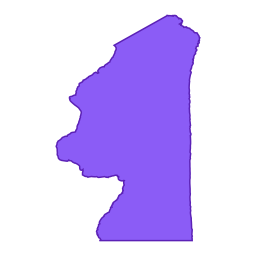 outline of Choll, Palau
{"feature_id": "81905179B4066449576994", "entity_name": "Choll", "entity_type": "district", "adm_level": 2, "iso_a3": "PLW", "parent_name": "Palau", "parent_adm1": "", "projection": "albers", "projection_center": [134.635, 7.673], "detail": "fine", "context": "isolated", "style": "filled", "palette": "violet", "viewbox_px": 256, "rotation_deg": 0, "n_neighbors": 0, "source": "geoboundaries", "source_scale": "gbopen_adm2", "svg_char_len": 5754}
<svg xmlns="http://www.w3.org/2000/svg" viewBox="0 0 256 256"><path d="M192.2,240.6L192.1,238.2L191.9,236.9L192.3,236.2L191.8,234.5L191.9,233.8L192.0,232.5L192.1,231.1L192.2,229.6L191.6,228.2L191.5,224.6L191.4,222.2L191.2,219.6L191.2,218.0L191.0,217.1L190.7,215.3L190.4,212.8L190.7,210.4L190.4,208.9L190.7,206.7L190.1,205.3L190.2,204.2L190.3,202.6L190.0,200.0L190.0,198.9L189.9,197.2L190.0,196.0L190.2,195.0L190.3,193.7L190.1,192.4L190.1,191.4L190.1,188.9L189.8,183.3L189.8,180.9L189.8,179.7L190.0,178.8L190.1,177.0L190.0,175.9L190.1,174.4L190.1,173.0L190.0,171.1L190.0,168.1L189.9,166.9L189.9,165.2L189.9,163.4L189.8,161.7L189.9,159.6L190.4,158.8L190.2,157.6L190.4,155.6L190.7,153.7L190.0,152.1L190.1,151.5L190.2,150.0L190.4,148.5L190.4,145.4L190.6,143.9L190.6,141.3L190.5,138.9L190.4,136.9L190.3,135.5L190.9,134.9L190.9,133.6L190.4,132.7L190.1,131.1L190.1,130.0L189.8,128.6L190.2,127.1L189.9,126.3L190.5,125.6L190.4,124.7L189.8,119.9L190.1,119.4L189.8,117.5L190.0,115.5L189.7,113.5L189.5,112.2L189.5,110.8L189.3,108.2L189.6,106.9L189.5,105.5L189.3,104.0L189.9,102.5L189.9,101.4L189.8,100.5L189.1,98.6L189.5,97.8L189.8,97.0L189.4,96.4L189.6,94.8L189.1,93.9L189.3,92.9L189.2,92.3L189.4,91.4L189.4,90.1L189.1,87.9L189.2,85.5L189.4,82.8L189.6,81.5L189.4,80.1L189.8,77.7L190.4,74.7L190.9,73.5L191.2,72.2L190.3,71.0L190.5,70.0L191.0,69.4L191.0,68.6L191.5,68.1L191.7,66.3L192.2,65.3L193.1,63.7L193.2,62.8L192.7,62.4L193.1,61.4L193.0,60.8L193.3,60.4L193.3,59.6L192.8,59.3L193.8,58.0L193.6,56.9L194.2,55.5L194.7,54.4L195.5,53.9L195.6,53.2L195.4,52.5L195.9,51.1L196.4,50.9L196.8,50.2L196.7,49.3L195.7,48.7L196.1,47.7L196.4,46.5L197.0,46.4L197.9,46.4L198.0,45.7L198.1,44.9L197.6,43.9L197.8,43.4L198.4,43.6L198.8,43.4L199.2,42.6L199.2,41.9L199.0,41.5L198.4,41.2L198.6,40.8L199.4,40.5L199.3,39.1L199.5,38.6L199.8,37.7L199.3,37.4L199.2,36.8L198.8,35.6L197.8,34.3L197.2,33.0L196.1,32.8L194.7,32.7L194.0,32.1L193.5,31.2L192.5,30.5L191.2,29.7L190.2,29.0L189.7,28.3L189.1,28.2L187.9,27.9L187.0,27.8L186.9,27.3L186.4,26.9L185.9,26.9L185.6,27.2L184.3,27.1L183.9,27.4L183.7,27.2L183.5,26.5L183.1,26.5L182.4,26.0L181.5,25.5L180.8,25.3L180.7,24.9L180.3,24.4L179.5,24.0L180.1,23.6L180.8,23.5L180.8,23.8L181.1,24.0L181.5,24.1L181.7,23.7L181.6,23.4L181.2,23.1L181.2,22.8L181.6,22.4L182.1,22.2L182.4,21.8L182.4,21.4L182.5,21.0L182.4,20.6L181.7,20.3L181.7,19.9L181.4,19.6L181.2,19.2L180.9,18.8L180.0,18.7L179.8,18.3L179.4,18.3L178.9,18.6L178.8,18.1L178.2,17.8L177.7,17.4L177.3,16.9L176.8,16.5L176.3,15.8L175.6,15.8L175.1,15.4L174.3,15.5L173.7,15.5L173.4,16.1L172.6,16.0L173.0,15.7L172.2,15.5L171.8,15.8L170.8,15.8L170.0,15.6L168.4,15.8L168.1,15.5L167.8,15.4L167.3,15.6L167.0,15.5L166.9,15.8L114.1,45.3L114.7,45.8L116.0,47.4L116.2,49.1L115.8,50.1L115.0,51.7L114.8,53.2L114.5,53.7L113.8,55.2L113.2,56.4L112.9,57.3L112.3,57.5L111.2,59.2L110.3,60.5L109.8,62.0L108.9,62.4L108.1,62.9L107.3,63.9L106.5,64.0L106.1,64.5L105.7,64.6L105.0,65.2L104.6,65.6L104.2,66.8L103.2,66.7L102.0,67.0L100.0,67.9L98.5,69.6L97.7,71.0L98.6,72.8L97.6,73.3L95.9,72.2L93.9,73.1L92.5,74.7L91.4,75.4L89.5,76.2L88.4,76.8L88.2,77.5L86.9,78.1L85.8,79.1L85.0,79.5L84.0,79.8L83.7,80.3L83.1,80.3L82.7,81.5L81.9,82.2L81.3,82.3L80.7,82.9L79.7,83.2L79.3,83.5L79.1,84.3L79.2,85.4L79.0,86.1L78.1,86.7L77.6,87.1L77.5,88.0L77.0,88.6L77.0,89.6L76.4,90.6L76.1,91.3L76.0,92.0L76.3,92.5L76.1,93.3L75.8,93.7L75.7,95.0L74.6,95.1L73.4,95.5L72.1,96.3L70.7,96.5L69.6,97.0L69.4,98.1L70.1,98.8L69.7,99.6L70.3,100.8L71.2,101.8L72.5,103.0L74.7,104.9L76.7,106.3L78.6,107.8L79.8,109.5L81.1,111.3L81.3,112.8L81.0,114.0L80.8,115.0L80.3,116.6L80.4,117.6L79.9,118.5L79.5,120.3L79.0,121.3L78.7,122.7L78.4,123.8L77.9,124.3L77.6,125.0L77.1,126.3L77.1,127.6L76.8,129.1L76.2,129.8L75.7,130.9L75.5,131.8L74.2,132.2L72.3,132.4L71.2,132.7L70.1,133.8L68.7,134.5L67.4,135.3L67.2,136.2L66.5,136.3L65.1,136.3L63.9,136.9L62.3,137.5L61.5,138.6L60.6,139.4L59.5,140.3L58.1,141.1L57.6,142.1L57.1,142.9L57.0,144.2L56.7,145.2L56.2,146.2L56.4,147.0L56.8,147.5L57.2,149.1L57.2,151.1L57.3,151.7L57.3,152.2L57.4,153.1L57.2,154.0L57.3,155.0L57.9,155.8L58.2,157.2L58.5,158.4L59.8,159.7L61.6,160.4L66.3,161.1L67.7,161.1L68.8,160.0L69.2,160.6L70.4,160.7L71.4,160.9L72.7,162.1L74.7,163.1L75.3,163.1L76.3,163.6L77.5,164.2L78.4,164.9L79.1,165.4L79.5,165.9L79.7,166.7L79.7,167.9L79.9,169.0L80.3,169.8L81.2,170.2L82.3,170.1L82.9,169.5L83.0,170.9L82.5,172.8L82.5,174.9L83.6,175.5L85.0,176.3L86.0,176.5L87.0,176.5L87.9,177.2L88.9,176.9L91.6,176.5L93.0,176.7L95.5,176.8L96.8,176.6L98.1,177.4L99.0,177.4L103.4,176.8L104.6,176.6L106.3,177.3L106.8,177.0L108.1,177.5L108.7,176.8L109.6,176.8L112.4,175.9L113.4,175.8L114.5,175.5L115.2,175.2L117.1,175.3L117.7,176.0L117.4,176.2L117.7,176.6L118.6,176.6L118.7,177.2L118.2,177.6L118.4,179.1L119.2,180.0L120.2,180.5L121.2,180.8L122.1,180.9L123.0,180.7L123.6,180.5L124.2,180.6L123.8,181.2L123.7,182.2L123.8,183.2L123.8,184.1L124.2,184.7L124.2,185.1L123.5,186.1L123.0,187.1L123.0,187.8L122.6,188.2L122.7,189.2L123.2,190.5L122.8,190.7L122.8,191.8L122.1,192.5L122.5,193.1L121.4,193.7L120.6,194.5L119.9,194.7L119.4,195.3L118.9,195.5L118.7,196.4L118.3,197.0L117.9,197.9L117.9,198.6L117.2,199.1L116.6,200.2L116.1,200.3L115.4,201.0L114.3,201.7L113.1,202.7L113.1,203.6L112.6,203.8L112.6,204.6L112.1,204.9L111.9,205.6L111.6,206.0L111.9,207.0L111.2,206.9L110.6,207.4L110.6,208.7L109.9,209.8L109.5,211.0L109.2,212.1L108.4,212.4L106.8,213.3L106.0,213.9L105.3,214.1L104.0,215.5L104.0,216.3L103.2,216.9L101.7,218.2L100.3,220.3L99.3,222.2L99.8,223.8L98.6,224.4L98.6,225.3L98.3,226.7L97.7,227.4L97.7,228.1L97.3,228.7L97.8,229.7L96.9,230.2L96.5,231.8L97.1,232.6L96.9,234.0L97.8,234.4L97.6,235.5L98.2,235.9L98.5,237.0L99.0,237.8L99.6,238.0L100.2,238.6L100.9,239.9L99.4,240.6L148.5,240.6L192.2,240.6Z" fill="#8b5cf6" stroke="#5b21b6" stroke-width="1.5"/></svg>